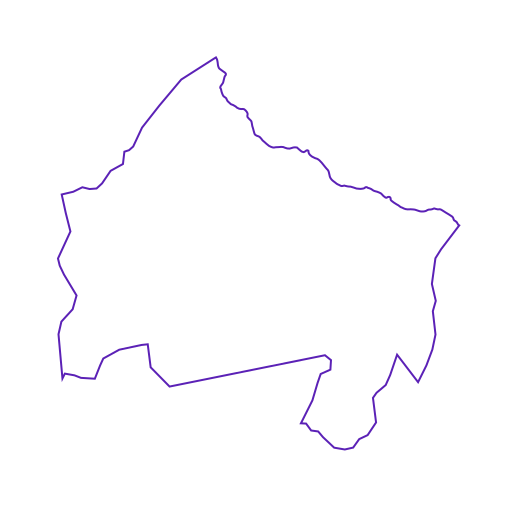 Kouango, Ouaka, Central African Republic, rotated 174°
{"feature_id": "33826404B56773227283390", "entity_name": "Kouango", "entity_type": "district", "adm_level": 2, "iso_a3": "CAF", "parent_name": "Central African Republic", "parent_adm1": "Ouaka", "projection": "orthographic", "projection_center": [20.271, 5.054], "detail": "fine", "context": "isolated", "style": "outline", "palette": "violet", "viewbox_px": 512, "rotation_deg": 174, "n_neighbors": 0, "source": "geoboundaries", "source_scale": "gbopen_adm2", "svg_char_len": 3584}
<svg xmlns="http://www.w3.org/2000/svg" viewBox="0 0 512 512"><g transform="rotate(174 256 256)"><path d="M453.2,274.2L452.2,266.9L448.9,257.6L438.6,235.5L443.9,222.2L456.4,211.1L460.6,198.8L461.3,154.4L458.4,159.0L449.0,156.3L442.8,153.1L429.1,150.8L422.5,163.4L418.6,170.0L401.8,177.1L379.1,179.5L372.9,179.5L372.4,156.3L355.6,135.2L197.8,150.1L192.3,144.6L193.9,135.2L204.0,131.9L208.0,123.4L215.0,106.5L228.8,84.9L223.7,84.1L219.4,76.7L212.5,75.0L208.3,68.8L198.3,57.2L187.9,54.3L179.4,55.3L172.5,63.1L163.7,66.2L154.0,77.9L154.5,102.7L150.4,107.4L140.5,114.1L135.0,123.6L126.0,143.1L108.0,113.6L98.0,129.3L90.4,144.5L85.7,159.1L85.9,182.6L81.9,192.6L84.0,209.8L77.8,235.0L71.2,243.4L50.7,265.2L51.5,265.8L51.9,266.6L52.4,267.6L52.7,268.5L53.3,269.1L54.0,269.9L54.8,270.4L55.2,270.8L55.6,271.6L55.8,272.7L56.1,273.7L56.9,274.8L57.9,275.6L60.0,277.3L62.8,279.4L64.3,280.6L65.7,281.7L67.0,282.7L68.3,283.3L69.4,283.3L70.5,283.4L71.5,283.8L72.0,283.9L72.9,284.3L73.5,284.6L74.3,284.6L75.2,284.3L76.1,284.1L77.2,284.0L78.1,284.0L79.2,284.1L80.6,283.8L81.9,283.2L83.1,282.9L84.5,282.8L86.3,282.9L87.9,283.2L89.2,283.7L91.8,284.9L93.2,285.5L94.9,285.9L97.3,286.3L100.2,286.5L102.3,287.0L104.0,287.8L105.4,288.7L107.1,289.6L109.1,291.5L110.8,292.7L113.3,294.7L114.8,296.1L115.6,296.9L116.0,297.5L116.2,298.0L116.2,298.6L116.1,299.3L116.2,299.7L116.5,300.2L116.9,300.7L117.5,300.9L118.2,300.9L119.1,300.8L119.7,300.4L120.3,300.3L120.9,300.5L121.5,300.9L122.0,301.5L122.7,302.0L123.4,302.9L124.3,304.1L125.0,305.0L126.0,305.7L126.8,306.2L128.7,307.2L130.0,307.7L131.5,308.3L132.5,308.9L133.6,309.8L134.2,310.4L135.1,310.9L135.9,311.4L136.9,311.8L137.8,312.2L138.5,312.8L139.3,313.0L140.2,312.8L141.0,312.2L142.2,311.9L144.3,311.8L145.5,311.9L147.1,312.2L149.0,312.6L151.6,313.8L154.7,315.1L156.6,315.4L158.1,315.8L159.2,316.2L160.1,316.5L160.8,316.8L161.7,316.7L162.6,316.6L163.4,316.6L164.3,316.9L165.1,317.4L166.0,318.0L167.2,318.7L168.3,319.5L169.7,320.9L171.0,322.1L172.1,323.2L172.9,324.2L173.6,325.4L174.0,326.3L174.3,327.4L174.4,328.4L174.6,330.0L174.8,331.7L175.1,333.0L175.7,334.2L176.5,335.2L177.8,337.1L180.9,341.9L183.0,344.6L184.7,346.1L187.1,347.2L189.9,349.0L191.6,350.7L192.6,352.3L192.9,353.7L192.9,355.1L193.6,355.7L194.8,355.7L196.1,354.9L197.6,354.3L199.3,354.9L200.5,355.9L202.3,357.8L203.9,359.6L205.9,360.0L207.6,360.0L209.6,359.6L211.3,359.3L213.7,359.7L215.8,360.6L217.5,361.5L219.7,361.9L221.5,361.9L223.4,362.0L225.2,362.1L226.3,362.0L227.1,362.0L228.2,362.3L229.7,363.0L231.5,364.1L233.9,366.5L235.5,368.3L237.4,370.3L238.6,372.3L240.0,374.1L241.3,374.9L242.8,375.6L244.1,376.6L244.7,377.7L245.1,379.9L245.6,383.1L246.1,385.6L246.3,388.6L246.5,390.4L247.2,391.5L248.2,392.7L249.2,394.0L249.9,395.1L250.0,396.2L249.6,397.4L249.5,398.7L250.1,400.3L251.1,401.8L252.3,403.1L253.6,403.6L255.4,403.7L257.3,404.2L259.3,405.4L260.6,406.8L262.9,408.5L265.1,409.6L266.5,411.2L268.0,412.9L268.7,414.5L269.1,415.9L270.0,416.9L270.8,417.5L271.9,418.8L272.6,420.9L273.1,423.1L273.4,425.7L274.0,427.0L273.6,428.4L271.6,430.6L270.7,431.7L270.2,432.9L269.9,433.8L269.3,435.4L268.8,436.8L268.3,437.9L267.6,438.7L267.1,439.3L266.9,440.2L267.2,440.9L267.7,441.6L269.8,443.4L271.1,444.6L272.1,445.5L272.9,446.3L273.3,447.0L273.6,448.1L273.8,449.0L273.9,450.6L273.9,452.2L274.0,453.9L274.2,455.5L274.6,456.5L275.1,457.7L311.9,439.3L336.4,415.7L355.9,395.6L366.7,377.7L371.2,374.5L376.0,373.5L378.7,361.4L391.7,355.9L401.5,344.3L407.5,339.8L414.5,340.0L421.5,342.5L431.0,339.0L442.8,337.5L440.7,318.6L438.0,299.8L453.2,274.2Z" fill="none" stroke="#5b21b6" stroke-width="2"/></g></svg>